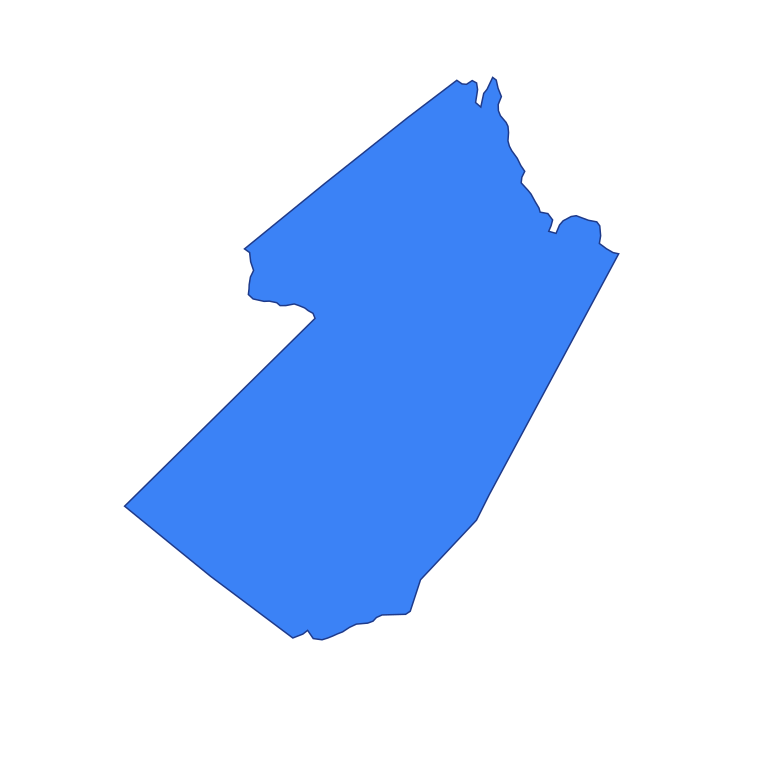 the district of João Câmara, Rio Grande do Norte, Brazil, rotated 231°
{"feature_id": "56859067B69289954608345", "entity_name": "João Câmara", "entity_type": "district", "adm_level": 2, "iso_a3": "BRA", "parent_name": "Brazil", "parent_adm1": "Rio Grande do Norte", "projection": "natural_earth1", "projection_center": [-35.848, -5.472], "detail": "fine", "context": "isolated", "style": "filled", "palette": "blue", "viewbox_px": 768, "rotation_deg": 231, "n_neighbors": 0, "source": "geoboundaries", "source_scale": "gbopen_adm2", "svg_char_len": 1359}
<svg xmlns="http://www.w3.org/2000/svg" viewBox="0 0 768 768"><g transform="rotate(231 384 384)"><path d="M574.2,631.7L576.1,569.9L576.5,529.9L577.1,463.5L576.8,360.6L570.7,362.3L562.9,357.3L554.3,354.1L551.2,347.5L546.1,341.8L542.8,338.9L538.9,334.9L532.5,335.8L523.7,342.8L520.6,347.0L514.7,351.8L510.3,352.6L506.7,357.1L502.7,364.6L498.9,367.0L493.1,370.2L488.6,371.3L483.6,373.3L478.4,371.7L452.3,105.5L390.8,118.3L343.7,128.2L244.0,153.3L240.7,163.6L240.6,169.6L230.7,168.8L224.2,174.9L222.0,180.4L220.4,185.6L219.1,190.6L217.4,195.9L216.6,204.0L214.8,211.4L208.4,220.9L206.6,226.2L207.3,231.2L205.7,237.2L191.4,255.9L190.9,261.4L208.9,289.2L220.0,370.2L231.8,396.2L270.8,489.2L337.5,648.3L342.0,644.7L349.1,642.0L357.7,639.8L362.8,645.6L371.1,651.2L376.1,651.4L382.6,645.9L393.8,639.3L396.4,634.8L398.1,625.9L397.1,620.5L392.8,612.5L399.0,608.1L401.9,613.5L405.4,618.3L413.3,618.6L419.3,613.5L423.3,615.2L430.4,616.2L439.1,617.8L443.6,617.8L454.0,617.2L457.9,621.2L460.7,627.2L467.7,627.8L475.6,629.6L485.0,630.1L489.9,631.1L494.9,633.3L501.0,639.0L506.2,642.5L510.5,643.5L519.2,643.3L524.4,644.9L529.3,648.6L533.5,656.1L542.1,658.8L549.6,662.5L553.9,661.4L548.2,649.6L547.1,644.4L538.3,633.5L545.1,632.3L550.5,638.3L553.9,642.0L559.7,645.4L564.3,643.5L565.0,636.7L568.1,633.5L574.2,631.7Z" fill="#3b82f6" stroke="#1e3a8a" stroke-width="1.5"/></g></svg>